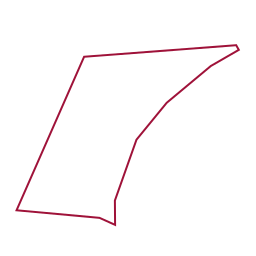 San Fernando, Albers equal-area conic projection, rotated 189°
{"feature_id": "TTO-62", "entity_name": "San Fernando", "entity_type": "City", "adm_level": 1, "iso_a3": "TTO", "parent_name": "Trinidad and Tobago", "parent_adm1": "", "projection": "albers", "projection_center": [-61.466, 10.279], "detail": "fine", "context": "isolated", "style": "outline", "palette": "rose", "viewbox_px": 256, "rotation_deg": 189, "n_neighbors": 0, "source": "natural_earth", "source_scale": "10m", "svg_char_len": 289}
<svg xmlns="http://www.w3.org/2000/svg" viewBox="0 0 256 256"><g transform="rotate(189 128 128)"><path d="M30.8,222.5L55.9,202.2L93.7,159.0L117.8,117.8L129.6,54.3L125.6,30.3L142.1,34.8L225.2,29.3L182.5,191.5L34.1,226.7L30.8,222.5Z" fill="none" stroke="#9f1239" stroke-width="2"/></g></svg>